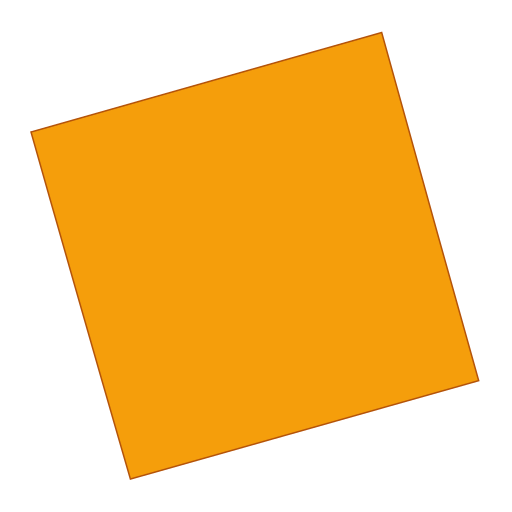 outline of Chapaleufú, La Pampa, Argentina, rotated 254°
{"feature_id": "61730980B17447660038504", "entity_name": "Chapaleufú", "entity_type": "district", "adm_level": 2, "iso_a3": "ARG", "parent_name": "Argentina", "parent_adm1": "La Pampa", "projection": "albers", "projection_center": [-63.678, -35.228], "detail": "fine", "context": "isolated", "style": "filled", "palette": "amber", "viewbox_px": 512, "rotation_deg": 254, "n_neighbors": 0, "source": "geoboundaries", "source_scale": "gbopen_adm2", "svg_char_len": 383}
<svg xmlns="http://www.w3.org/2000/svg" viewBox="0 0 512 512"><g transform="rotate(254 256 256)"><path d="M436.4,369.2L437.2,73.9L436.4,73.9L368.2,73.7L343.1,73.7L274.3,73.6L177.6,73.6L117.2,73.7L76.2,73.8L76.2,79.8L75.6,232.3L75.2,335.4L75.2,339.1L74.8,435.7L75.5,435.7L223.2,436.6L435.4,438.4L436.2,438.4L436.4,369.2Z" fill="#f59e0b" stroke="#b45309" stroke-width="1.5"/></g></svg>